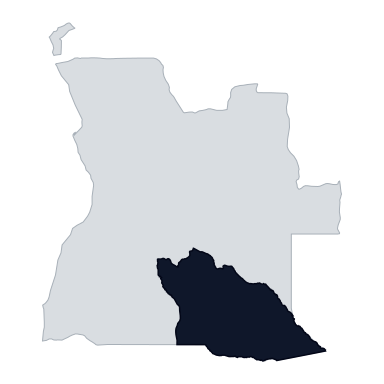 Angola, with Cuando Cubango highlighted
{"feature_id": "AGO-1888", "entity_name": "Cuando Cubango", "entity_type": "Province", "adm_level": 1, "iso_a3": "AGO", "parent_name": "Angola", "parent_adm1": "", "projection": "mercator", "projection_center": [19.423, -15.802], "detail": "fine", "context": "in_parent", "style": "filled", "palette": "ink", "viewbox_px": 384, "rotation_deg": 0, "n_neighbors": 0, "source": "natural_earth", "source_scale": "10m", "svg_char_len": 9372}
<svg xmlns="http://www.w3.org/2000/svg" viewBox="0 0 384 384"><path d="M339.6,181.1L340.1,184.4L340.6,188.9L341.0,192.1L341.4,193.6L341.5,194.3L341.1,195.2L340.7,197.1L340.1,198.9L339.7,200.1L340.0,202.3L339.5,208.8L339.4,212.0L340.3,217.8L340.2,219.6L338.2,224.9L337.6,227.6L337.5,229.0L339.6,232.9L339.5,233.7L337.9,234.0L336.6,234.0L291.3,234.0L291.3,302.4L291.3,308.2L292.8,316.0L295.4,324.4L296.5,325.2L299.2,326.8L302.9,330.0L305.0,332.4L309.3,336.6L315.0,341.9L325.3,351.0L290.8,357.7L277.6,360.2L276.4,360.1L274.5,359.2L270.2,359.0L265.2,360.3L261.3,360.7L258.4,360.1L255.5,358.9L252.7,357.3L247.9,356.7L241.0,357.1L234.4,356.8L228.0,355.7L223.5,355.3L220.7,355.5L217.8,355.1L214.6,354.2L212.0,352.6L208.9,349.2L206.4,345.9L205.7,345.5L205.0,345.0L204.2,344.8L190.6,344.7L107.4,344.5L97.8,345.1L97.0,345.0L95.8,344.6L95.0,343.8L92.3,342.0L89.9,340.6L86.7,338.3L84.6,335.7L82.8,334.9L79.7,334.4L77.4,334.0L75.5,333.9L72.1,335.1L69.6,336.3L67.8,337.4L64.7,338.8L62.0,340.1L57.5,339.9L56.5,340.1L53.9,340.0L51.5,338.9L49.1,339.0L46.4,340.4L42.5,341.0L43.4,331.4L44.3,327.2L44.3,322.1L43.8,309.0L43.1,307.2L42.7,305.1L45.1,303.5L46.3,302.2L47.9,300.1L49.1,297.0L50.5,290.4L55.5,275.0L57.9,260.0L61.0,252.9L62.1,244.9L70.5,234.7L72.6,228.4L77.0,225.3L83.2,222.0L87.6,216.2L89.7,212.2L92.1,204.5L92.1,196.4L93.6,185.6L93.3,182.6L91.0,178.3L90.6,175.2L88.4,172.2L86.1,170.0L85.1,165.9L81.1,159.6L80.0,155.3L78.1,152.3L77.8,148.5L76.8,144.5L74.9,140.6L73.0,136.1L73.0,134.7L74.2,133.0L75.3,132.5L74.9,133.3L74.2,134.3L74.3,135.1L81.8,127.2L82.2,125.7L82.0,124.0L81.9,121.9L82.2,119.4L75.2,105.0L69.7,91.5L68.7,84.7L61.4,75.8L58.5,70.0L56.8,66.0L55.6,64.4L56.1,63.6L58.0,63.4L62.2,62.5L67.9,61.5L73.3,59.1L74.7,58.1L77.5,57.9L80.4,58.5L81.5,58.0L82.1,58.0L88.8,58.0L91.6,57.8L96.8,57.9L100.1,58.1L102.0,58.4L107.0,58.8L113.3,58.7L115.5,58.5L123.8,58.3L139.3,58.1L147.4,58.1L153.6,58.1L156.4,58.9L159.0,60.6L160.2,62.0L160.7,62.6L161.5,64.2L162.9,65.4L163.4,67.3L163.0,69.8L163.2,72.9L164.0,76.5L165.7,80.3L168.3,84.2L169.4,87.4L169.1,89.7L169.9,92.2L171.8,94.7L173.2,96.1L174.0,97.2L176.2,101.1L183.3,112.2L184.3,112.8L185.9,112.6L189.2,112.1L192.4,112.0L194.8,113.0L195.7,112.8L199.2,110.9L202.7,110.4L206.3,109.6L208.2,108.8L210.4,108.8L216.4,110.3L217.5,110.4L222.3,110.4L227.1,109.5L227.9,103.2L227.9,101.9L229.1,99.5L230.5,97.4L230.7,95.4L230.6,92.7L231.7,89.4L234.9,86.8L240.1,85.5L243.1,85.3L247.8,84.5L254.9,83.8L257.5,83.9L257.7,84.3L256.2,88.8L256.2,90.3L256.7,91.8L257.9,92.7L272.1,92.8L285.7,93.3L286.5,93.6L287.1,93.9L287.9,96.2L287.7,100.6L286.4,107.1L286.9,113.1L289.2,118.7L289.5,127.4L287.6,139.1L287.2,146.5L288.3,149.6L290.5,152.8L293.9,156.2L296.6,160.6L298.4,166.0L299.1,169.4L298.6,170.8L298.7,173.2L299.2,176.7L298.6,179.0L296.7,180.1L296.1,181.6L297.0,184.6L297.3,187.3L298.6,189.1L299.4,189.2L301.3,188.3L303.6,186.4L305.4,185.7L308.0,185.8L311.6,186.3L317.9,186.5L319.9,186.2L325.8,183.7L327.4,183.5L329.7,183.8L333.0,184.5L336.3,184.6L338.0,183.9L338.1,182.9L338.7,181.6L339.6,181.1ZM74.8,28.1L74.4,28.5L71.8,29.5L68.9,30.5L65.1,34.7L63.2,36.4L62.7,36.9L60.9,37.9L59.7,38.7L59.7,39.2L60.6,39.7L61.4,40.6L61.3,47.3L61.0,54.0L60.5,54.5L58.1,54.7L54.9,55.2L53.9,55.5L53.6,54.8L52.5,52.4L53.1,50.1L53.7,48.4L53.0,44.9L51.4,41.8L49.7,37.8L49.2,37.1L50.6,35.8L52.8,33.0L53.7,31.6L56.2,31.2L57.2,30.2L57.8,28.6L58.1,27.7L60.9,26.9L64.3,25.5L66.2,24.0L68.1,23.1L69.3,23.0L70.1,23.4L72.3,26.0L74.2,27.7L74.8,28.1Z" fill="#d9dde1" stroke="#a8b0b8" stroke-width="1"/><path d="M291.0,313.0L292.0,314.3L292.9,315.7L292.1,315.7L292.3,316.1L292.6,317.1L293.0,317.6L293.1,318.6L293.9,318.7L294.3,318.9L294.3,319.2L294.1,319.6L293.9,320.0L293.7,320.5L293.7,320.9L294.4,322.3L294.3,322.9L294.4,323.1L294.9,323.2L295.1,323.3L295.3,324.1L295.5,324.5L297.6,326.2L297.9,326.3L298.1,326.3L298.7,326.1L298.8,325.9L299.2,326.3L299.9,326.4L300.1,326.6L300.3,327.0L301.0,327.9L301.5,328.1L301.9,328.4L303.7,331.3L303.9,332.0L304.1,332.3L304.5,332.5L305.3,332.7L305.6,333.1L305.6,333.7L305.7,333.9L305.9,334.0L306.2,334.0L307.6,334.6L308.0,334.9L309.0,336.1L309.5,336.7L309.9,337.4L310.1,338.6L310.4,339.0L310.7,339.3L311.4,339.7L312.4,340.5L313.1,341.0L314.5,341.6L315.7,341.9L316.0,342.1L317.1,343.2L317.2,343.5L317.4,344.2L317.9,345.0L318.5,345.7L319.0,346.1L320.1,346.6L320.4,346.8L320.4,347.2L320.4,348.0L320.7,348.3L321.1,348.4L322.4,348.2L323.1,348.3L323.9,348.6L324.4,348.9L324.8,349.5L325.4,350.0L325.2,350.3L325.2,350.7L325.4,351.0L303.5,355.3L277.3,360.4L276.9,360.5L276.7,360.5L276.3,360.0L275.6,359.6L274.2,359.1L273.1,358.5L272.7,358.4L271.7,358.5L271.4,358.4L270.9,358.5L270.5,358.7L270.1,358.8L269.7,358.6L265.2,359.8L264.9,360.5L264.1,360.6L263.4,360.9L262.8,361.0L262.2,360.5L261.5,360.1L261.1,360.0L260.9,360.2L260.7,360.3L260.3,360.3L259.9,360.1L259.7,359.9L259.4,359.7L258.5,359.6L257.5,359.6L256.9,359.8L256.6,359.6L255.9,359.1L255.1,358.7L253.8,357.5L253.2,357.2L252.6,357.4L251.6,356.6L251.3,356.5L250.2,356.6L249.9,356.5L249.1,357.2L248.5,356.9L247.9,356.9L247.3,357.0L246.9,357.4L246.7,357.2L246.4,357.3L246.1,357.4L245.4,357.4L244.0,357.5L242.9,357.2L242.0,356.6L238.2,356.6L237.6,357.4L237.2,357.3L236.1,356.9L235.9,356.7L235.7,356.3L235.2,356.1L234.7,356.2L233.3,356.5L229.1,356.6L225.2,355.4L224.9,355.2L223.8,355.2L222.8,355.1L222.2,355.2L221.4,355.5L219.4,355.6L216.2,355.0L214.0,353.9L213.1,353.7L212.7,353.4L212.3,352.8L210.9,351.3L210.2,350.9L209.9,350.7L209.6,349.8L208.3,348.8L208.0,348.6L207.9,348.3L207.1,346.7L206.5,346.4L206.4,346.2L206.0,345.2L205.7,345.0L205.6,344.6L177.0,344.6L177.1,340.3L176.0,334.7L175.8,332.2L175.8,330.5L176.0,328.8L176.2,328.0L177.3,325.5L177.8,323.4L179.3,321.5L179.8,320.8L180.0,320.1L180.4,318.6L180.3,315.5L179.7,310.6L179.6,307.4L179.4,306.6L179.0,305.9L178.6,305.4L177.4,304.4L174.3,298.8L173.7,298.2L172.3,297.2L171.9,296.6L171.6,295.4L171.1,295.6L170.9,295.4L170.7,294.9L170.5,294.7L169.7,294.7L168.6,293.7L168.1,293.5L168.1,293.4L168.5,293.0L167.6,292.5L167.4,292.2L166.7,291.8L166.5,291.7L166.6,291.3L166.5,290.6L166.4,290.3L165.6,290.1L165.2,289.9L164.9,289.6L164.8,289.3L164.9,288.7L164.1,288.2L163.1,287.0L162.9,286.5L162.8,286.1L163.2,285.7L163.3,285.5L163.2,285.3L163.1,284.9L162.7,284.4L162.5,284.0L162.0,283.4L161.8,283.0L161.8,282.4L162.0,281.0L161.9,280.4L161.6,279.9L160.7,278.7L161.0,277.5L161.3,277.4L160.8,277.0L159.8,276.8L160.1,276.3L159.5,276.2L158.9,275.8L158.4,275.3L158.2,274.7L158.2,272.6L158.2,272.0L158.2,270.7L158.2,269.7L158.0,269.1L157.6,268.3L157.5,268.0L157.2,265.7L157.2,265.4L157.3,265.3L157.6,265.2L157.8,263.6L158.0,262.7L157.5,261.0L157.5,260.7L157.7,260.3L157.7,260.0L157.5,259.3L157.9,259.0L158.2,259.0L160.4,259.1L161.5,259.0L162.3,258.6L163.1,258.4L163.8,258.5L164.3,258.7L165.1,259.3L165.6,259.5L166.1,259.6L166.7,259.4L167.3,259.0L168.0,258.7L168.6,258.8L169.1,259.0L169.4,259.2L169.8,259.6L170.5,260.8L170.7,261.4L171.0,262.6L171.3,263.1L172.3,264.1L173.6,264.9L174.4,265.2L175.9,266.2L176.5,266.6L177.1,266.7L177.6,266.8L178.0,266.8L177.7,266.3L177.7,266.0L178.5,265.0L178.6,264.5L178.7,264.2L178.6,263.2L178.8,262.7L180.0,261.8L180.8,260.9L181.6,259.7L181.9,259.5L182.5,259.2L183.6,259.3L184.7,258.8L185.0,258.8L185.6,258.9L185.8,258.8L187.1,258.0L187.6,257.8L188.5,257.0L189.0,256.7L189.7,255.7L189.9,255.3L189.8,253.0L189.6,252.4L189.6,251.8L189.9,251.3L192.0,250.9L192.7,250.2L193.1,249.2L193.4,248.3L194.2,248.6L199.8,251.7L200.6,251.9L201.2,251.9L201.8,251.8L202.6,252.0L205.7,253.4L206.7,253.8L207.5,253.9L208.0,254.2L209.6,255.4L209.8,255.5L210.2,255.6L210.5,255.9L210.7,256.4L211.6,257.0L212.2,257.7L212.4,258.0L212.4,258.4L212.5,258.6L212.8,259.0L213.0,259.5L213.5,260.1L213.7,260.4L213.7,260.7L213.5,261.0L213.5,261.3L213.9,262.3L213.9,262.8L214.2,263.3L214.0,263.7L214.1,264.6L214.4,265.0L214.6,265.6L214.9,266.1L215.2,266.8L215.6,267.2L215.7,267.8L216.4,268.6L217.3,269.0L217.6,269.0L219.3,268.4L220.1,268.3L221.1,268.4L222.7,268.8L223.2,268.5L223.4,268.1L223.1,267.0L223.1,266.5L223.2,266.0L223.7,265.7L224.3,265.3L224.9,265.3L225.7,265.5L226.8,266.0L228.9,266.4L230.9,266.2L231.7,266.3L232.1,266.7L232.7,267.7L233.3,268.1L233.7,268.7L234.2,270.1L234.4,270.4L234.8,270.8L235.2,271.4L235.4,272.3L235.6,272.5L235.8,272.8L236.5,273.2L236.7,273.5L237.1,274.1L237.7,274.6L238.9,275.9L240.2,277.0L240.7,277.6L241.1,277.8L241.3,278.2L241.9,278.3L242.7,278.9L243.4,279.9L244.6,280.8L245.2,281.6L247.2,282.8L248.4,283.2L249.2,283.6L249.5,283.7L250.6,283.6L251.5,283.7L253.3,284.0L254.4,283.7L256.2,283.7L256.5,283.8L257.0,283.5L257.5,283.2L258.0,283.2L258.6,283.4L258.8,283.3L259.2,283.0L259.4,283.0L259.8,283.1L260.9,283.8L261.8,284.1L262.7,284.2L263.1,284.1L263.3,283.8L263.5,283.6L264.1,283.9L264.8,284.5L265.2,284.6L265.7,284.2L266.2,284.9L266.3,285.2L266.4,285.4L266.6,285.4L268.7,287.6L269.3,288.4L269.9,289.1L270.1,289.5L270.4,289.3L270.7,289.3L270.8,289.5L271.1,289.7L271.2,290.4L271.5,290.7L272.0,290.5L272.6,290.4L273.2,291.0L273.9,292.5L273.8,293.0L274.6,293.7L275.3,294.1L275.6,294.3L275.7,294.8L276.2,294.7L276.6,294.7L277.0,295.1L277.5,296.2L277.7,298.2L278.1,298.7L278.9,298.9L279.1,299.1L279.6,299.9L280.1,300.6L280.4,301.7L280.6,302.1L281.4,303.0L282.0,304.8L282.6,305.4L283.3,305.5L284.0,305.4L284.7,305.6L285.0,306.0L285.0,306.4L285.1,306.6L285.6,306.7L285.8,306.9L286.3,307.9L286.4,308.4L287.1,309.2L287.7,310.8L287.9,311.2L288.2,311.4L289.6,312.0L290.3,312.4L291.0,313.0Z" fill="#0f172a" stroke="#020617" stroke-width="1.5"/></svg>